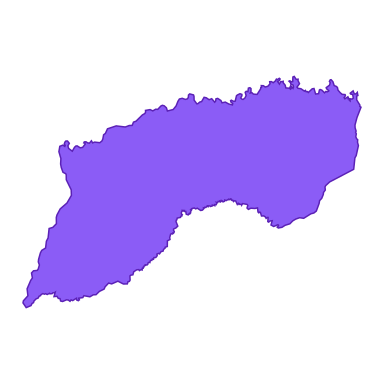 outline of Lukulu, Western, Zambia
{"feature_id": "96606910B66911286782898", "entity_name": "Lukulu", "entity_type": "district", "adm_level": 2, "iso_a3": "ZMB", "parent_name": "Zambia", "parent_adm1": "Western", "projection": "natural_earth1", "projection_center": [23.918, -14.375], "detail": "fine", "context": "isolated", "style": "filled", "palette": "violet", "viewbox_px": 384, "rotation_deg": 0, "n_neighbors": 0, "source": "geoboundaries", "source_scale": "gbopen_adm2", "svg_char_len": 5868}
<svg xmlns="http://www.w3.org/2000/svg" viewBox="0 0 384 384"><path d="M150.1,109.6L145.5,110.4L145.6,112.0L144.9,113.5L142.4,114.9L136.0,121.2L133.5,122.1L132.2,125.4L129.2,125.5L125.3,127.0L116.2,125.9L107.5,128.8L105.4,133.4L103.6,134.8L102.8,139.1L101.9,141.0L99.8,142.7L94.6,142.1L92.6,142.9L91.4,140.8L89.5,143.1L87.7,142.9L86.0,141.8L84.3,141.9L83.8,142.9L85.0,143.3L85.2,144.1L82.6,147.4L80.2,147.8L77.2,145.9L75.9,146.0L74.5,147.3L72.3,151.2L68.6,148.4L67.9,145.8L69.3,143.3L67.5,141.0L65.9,141.0L64.9,142.1L64.3,143.9L65.2,145.4L64.8,146.4L62.9,145.1L59.8,146.3L58.9,151.7L60.9,158.6L60.6,164.0L61.3,167.6L63.0,172.3L65.7,173.7L66.2,174.7L66.3,179.8L71.2,189.8L71.4,195.4L67.0,203.0L60.2,208.9L57.0,214.9L56.3,217.4L56.4,223.7L52.8,227.4L49.1,228.5L48.1,237.9L46.4,241.2L45.6,248.0L41.7,250.4L40.4,252.9L38.6,259.3L38.3,261.9L39.4,265.0L38.1,269.3L37.2,270.4L33.5,270.8L31.5,273.0L32.4,278.0L30.7,280.4L27.1,288.8L27.9,295.8L23.4,300.8L23.0,302.9L26.2,307.6L31.0,305.6L32.1,303.4L33.5,302.7L34.0,301.0L36.2,298.8L38.1,298.1L39.2,296.1L40.5,295.7L41.0,294.7L42.8,293.6L44.4,294.2L45.6,293.7L47.2,294.5L49.5,293.3L49.8,293.8L52.0,293.7L52.9,292.8L54.3,292.8L55.2,292.2L54.0,296.6L57.0,296.3L58.3,298.4L60.0,298.6L60.6,301.0L62.6,301.5L66.6,299.8L68.4,300.1L70.0,301.3L71.1,299.9L72.7,300.6L76.3,298.3L76.7,300.0L78.3,300.7L79.4,299.8L78.6,298.2L82.8,297.6L83.9,295.7L89.9,296.8L93.3,294.8L96.0,294.7L99.4,291.4L104.1,289.1L105.1,286.8L108.6,283.1L111.7,283.9L117.9,281.2L123.4,284.0L127.3,283.9L128.0,281.7L129.4,281.4L130.1,280.1L129.9,276.0L130.7,275.2L132.9,274.8L133.7,271.8L136.7,269.8L138.8,269.6L139.4,270.6L141.1,269.6L142.1,270.0L142.3,268.3L143.2,268.2L143.2,267.2L144.0,266.9L144.0,266.1L145.4,265.4L145.3,264.8L147.0,265.0L147.9,264.1L148.0,263.0L148.8,262.4L149.9,262.6L150.1,261.2L150.9,260.3L151.8,260.4L152.4,259.0L153.5,259.3L153.9,257.6L155.7,257.5L156.5,256.7L157.2,255.6L156.9,254.1L158.5,253.4L159.5,253.9L161.1,251.6L163.1,251.1L163.5,249.5L165.1,248.1L165.1,247.3L167.3,246.5L167.4,240.8L170.0,239.5L169.7,237.5L170.6,234.3L171.3,233.7L172.4,234.0L173.4,233.3L173.2,232.9L173.6,232.9L173.7,232.7L173.9,232.6L174.0,232.5L174.3,231.6L173.5,230.2L173.6,229.0L176.0,227.9L177.8,226.1L176.0,221.6L176.3,220.1L176.8,219.9L177.2,218.1L180.5,217.4L180.7,216.4L182.0,215.8L181.7,214.9L182.2,214.6L181.4,213.8L181.4,212.6L181.8,211.2L183.0,211.0L182.6,210.4L184.3,210.5L184.0,211.2L184.5,211.5L185.8,211.5L186.2,214.2L188.2,214.9L189.3,213.4L189.8,213.9L190.6,212.9L190.7,211.3L191.6,209.9L190.8,209.6L191.9,208.5L194.3,208.0L195.7,208.9L197.3,208.2L200.7,210.5L202.5,210.1L203.6,208.9L203.5,207.8L204.4,208.0L204.9,207.2L205.8,207.5L206.9,206.4L208.0,206.6L207.7,205.8L209.9,205.9L210.4,206.5L212.2,206.0L212.3,205.1L214.8,205.7L214.7,204.6L216.2,204.7L216.9,202.9L216.5,202.4L217.6,202.6L218.2,201.4L220.2,201.9L220.0,201.1L220.7,201.4L221.1,200.6L221.5,201.2L222.2,200.9L223.0,201.9L224.5,201.3L224.8,200.0L226.2,200.6L228.6,199.2L229.3,200.3L229.2,199.6L230.5,198.9L231.2,199.9L231.5,199.4L232.4,200.5L233.1,200.5L233.5,201.5L234.3,200.8L235.7,201.0L237.3,204.5L238.3,203.4L238.9,204.3L239.5,203.8L240.1,204.5L241.5,204.3L241.7,205.1L242.6,203.6L247.1,204.4L247.8,205.4L247.0,208.0L248.4,209.4L250.9,208.2L254.9,208.5L257.5,207.9L258.0,212.0L258.8,212.8L259.4,212.1L260.4,212.4L261.5,216.0L263.7,215.9L265.2,216.8L266.1,218.4L267.1,217.5L268.1,217.5L267.8,221.6L268.6,222.1L270.3,220.9L272.2,220.7L271.0,225.0L273.7,226.5L277.9,224.7L278.5,225.2L278.3,226.1L277.2,227.1L278.3,228.0L282.0,227.3L285.1,225.3L289.9,223.8L292.7,220.9L295.7,219.1L299.6,217.7L303.7,218.3L310.9,213.8L313.9,213.0L316.3,211.1L319.1,203.5L319.6,200.6L321.7,198.4L323.3,194.5L323.5,192.5L325.3,190.0L325.0,187.0L325.7,185.6L329.7,181.9L353.7,169.3L354.9,157.9L356.2,155.6L358.4,145.6L357.5,142.3L357.7,139.7L356.6,138.7L355.8,136.7L356.3,133.8L355.6,132.3L356.1,131.1L355.1,127.8L355.0,125.0L357.0,117.5L361.0,107.2L359.8,106.5L359.9,105.1L356.7,99.9L356.7,96.0L357.9,95.5L357.3,92.4L356.1,93.9L354.3,93.9L353.1,90.9L350.2,93.2L350.6,94.0L352.7,94.6L353.3,98.1L352.0,99.1L350.1,98.8L350.1,100.9L349.3,100.2L349.1,98.8L348.1,98.7L348.4,97.7L347.9,96.8L344.9,98.8L344.1,97.7L345.4,95.7L345.1,94.6L342.1,94.3L340.1,92.6L338.0,90.1L337.4,87.4L336.3,86.4L334.2,85.6L332.9,81.7L331.1,79.7L330.3,79.8L329.4,81.4L330.2,82.7L329.5,85.2L326.2,87.6L326.5,88.7L328.8,90.7L328.6,91.2L327.0,91.9L326.0,91.4L324.5,92.8L321.8,90.1L320.1,89.5L319.4,90.0L318.6,93.7L315.6,94.0L314.0,88.5L312.2,88.8L308.3,92.5L307.5,91.6L306.1,91.7L305.4,90.4L304.4,91.1L300.9,88.7L298.0,88.3L297.0,87.1L299.5,83.7L298.0,80.6L298.1,79.2L296.2,79.4L294.2,76.4L292.9,77.0L292.7,81.6L291.6,81.8L289.8,80.8L289.0,81.2L290.6,82.8L290.7,83.9L293.2,85.2L293.5,87.1L293.0,88.4L290.7,85.7L289.9,87.5L291.1,88.5L290.6,89.2L289.3,88.2L285.8,87.9L285.2,85.2L283.1,82.6L283.2,81.3L280.6,81.8L279.4,84.1L277.6,81.5L279.5,80.5L280.1,79.0L279.3,78.3L277.3,79.6L276.4,79.1L275.3,81.0L273.2,82.7L271.4,81.6L269.7,81.7L270.0,83.8L267.8,86.3L265.2,87.0L263.4,85.7L261.3,85.6L261.5,87.3L260.8,87.5L260.6,88.9L257.1,94.4L253.4,94.1L251.8,92.6L250.3,93.0L251.0,91.2L251.0,88.6L249.9,87.7L248.4,88.1L247.9,91.7L246.2,91.3L245.2,92.3L246.1,95.6L245.0,97.9L243.2,99.4L242.2,99.3L240.7,98.0L241.9,95.8L241.9,94.4L240.0,93.7L237.5,94.9L236.5,95.7L235.2,101.1L233.8,101.4L231.3,100.2L230.6,100.7L230.9,102.0L232.7,103.5L232.4,104.9L228.8,104.0L225.3,102.1L222.0,102.8L220.9,100.5L217.7,98.4L216.0,98.8L215.6,101.1L214.7,102.2L211.7,98.7L209.1,99.7L206.3,97.8L204.1,97.3L201.6,101.6L199.9,102.0L197.8,103.7L196.8,103.8L194.1,100.1L194.0,96.3L193.5,94.9L189.7,93.9L188.5,95.0L188.3,97.6L187.1,99.0L185.3,99.4L182.2,98.3L179.4,99.0L178.0,101.2L176.1,105.9L173.2,109.5L167.4,111.0L166.4,107.8L164.2,105.8L162.4,105.3L160.9,106.0L157.7,109.4L155.7,109.2L152.8,110.9L150.1,109.6Z" fill="#8b5cf6" stroke="#5b21b6" stroke-width="1.5"/></svg>